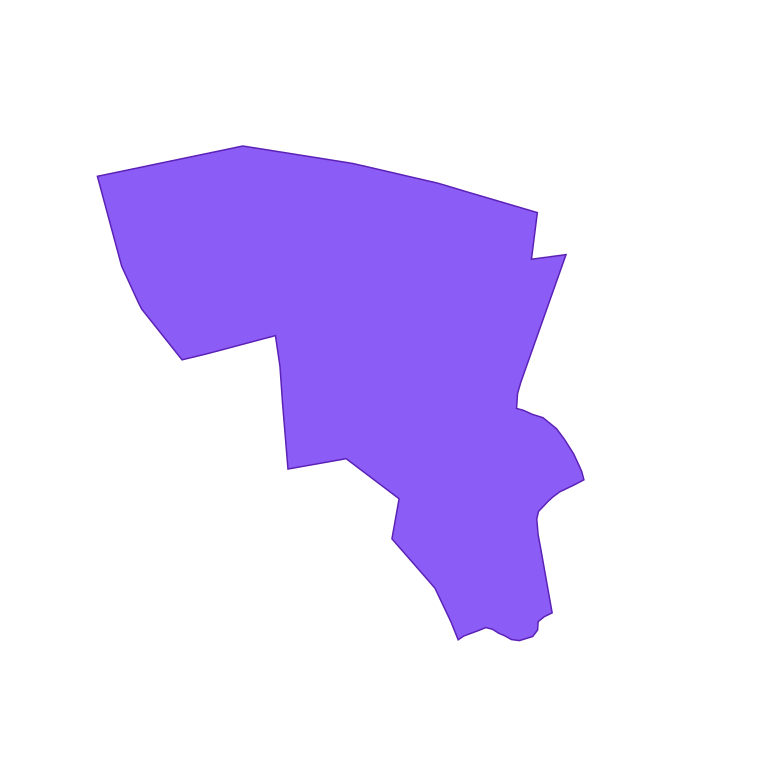 São João da Canabrava, Piauí, Brazil (Albers equal-area conic projection), rotated 342°
{"feature_id": "56859067B69117029069453", "entity_name": "São João da Canabrava", "entity_type": "district", "adm_level": 2, "iso_a3": "BRA", "parent_name": "Brazil", "parent_adm1": "Piauí", "projection": "albers", "projection_center": [-41.371, -6.715], "detail": "fine", "context": "isolated", "style": "filled", "palette": "violet", "viewbox_px": 768, "rotation_deg": 342, "n_neighbors": 0, "source": "geoboundaries", "source_scale": "gbopen_adm2", "svg_char_len": 878}
<svg xmlns="http://www.w3.org/2000/svg" viewBox="0 0 768 768"><g transform="rotate(342 384 384)"><path d="M473.2,653.6L482.3,588.2L484.0,574.9L487.6,559.5L491.5,553.0L503.4,546.5L509.5,543.7L517.6,540.9L535.2,538.5L544.5,536.9L545.0,528.7L544.5,523.3L542.8,509.2L538.5,492.4L534.3,479.9L524.8,465.2L515.7,458.7L508.2,451.9L502.5,448.2L508.1,434.3L514.6,424.7L597.1,317.2L562.8,310.9L582.8,268.4L520.5,225.7L497.5,209.8L422.6,164.7L323.2,114.0L175.6,97.9L170.9,190.9L175.7,231.9L176.8,238.2L199.4,298.6L225.8,300.6L295.7,304.4L290.5,335.1L283.8,362.0L281.6,370.8L266.4,435.2L324.9,443.3L362.9,497.8L343.7,533.7L366.9,588.1L369.4,594.1L374.2,631.0L375.5,650.2L382.1,648.3L397.6,647.7L405.5,647.1L411.3,650.7L416.1,656.5L420.9,660.7L426.2,666.4L433.5,669.9L447.4,670.1L454.0,665.5L457.2,657.6L464.6,654.8L473.2,653.6Z" fill="#8b5cf6" stroke="#5b21b6" stroke-width="1.5"/></g></svg>